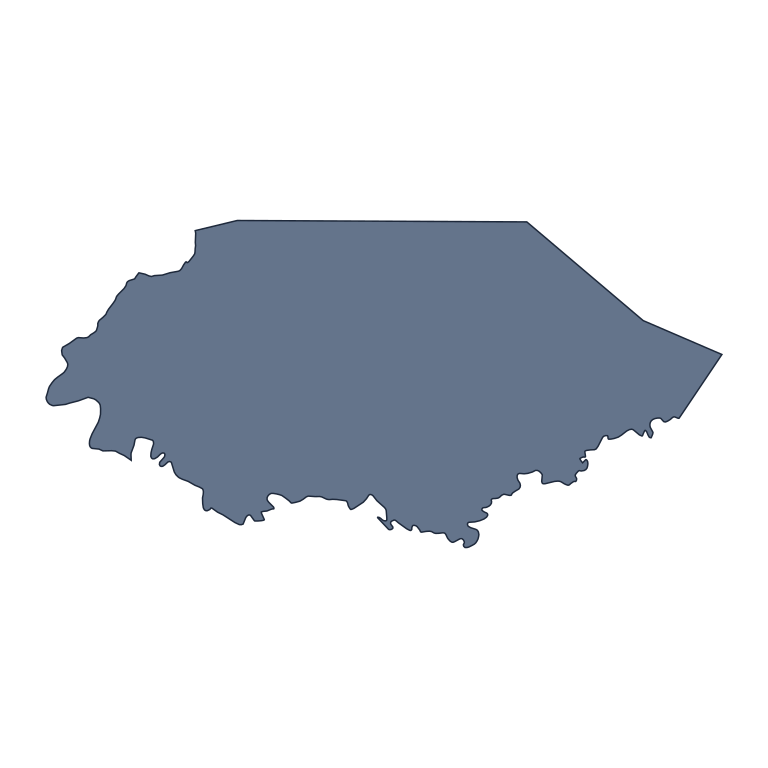 the district of San Matias, El Paraíso, Honduras
{"feature_id": "27666195B8791216164524", "entity_name": "San Matias", "entity_type": "district", "adm_level": 2, "iso_a3": "HND", "parent_name": "Honduras", "parent_adm1": "El Paraíso", "projection": "albers", "projection_center": [-86.656, 13.953], "detail": "fine", "context": "isolated", "style": "filled", "palette": "slate", "viewbox_px": 768, "rotation_deg": 0, "n_neighbors": 0, "source": "geoboundaries", "source_scale": "gbopen_adm2", "svg_char_len": 6074}
<svg xmlns="http://www.w3.org/2000/svg" viewBox="0 0 768 768"><path d="M131.2,460.3L131.0,455.0L131.1,453.0L134.0,445.2L135.0,439.9L135.6,438.7L136.6,438.0L138.1,437.5L141.5,437.3L145.1,437.9L152.4,440.2L152.9,440.7L153.4,441.6L153.6,443.9L151.8,449.4L151.0,452.9L150.8,456.3L151.4,457.8L152.1,458.5L152.9,458.9L154.7,458.7L157.5,457.0L160.0,454.5L161.3,453.5L162.7,452.9L164.0,453.1L164.5,453.5L164.9,454.3L164.7,456.1L164.1,457.3L159.7,462.3L159.4,464.5L160.1,465.9L161.1,466.4L162.7,466.3L164.9,464.8L167.9,462.0L169.4,461.5L170.8,461.9L171.4,462.5L174.3,472.0L176.0,474.8L178.1,476.9L179.3,477.8L182.2,479.2L188.2,481.4L195.0,485.3L199.5,487.1L202.5,488.8L203.1,490.0L203.4,491.8L203.2,494.5L202.5,497.9L202.7,503.6L203.3,507.7L203.8,508.8L204.6,510.0L205.9,510.7L207.3,510.7L209.8,509.5L211.0,508.0L212.0,508.2L217.6,512.2L222.9,514.8L235.0,522.6L239.3,524.6L241.2,524.7L243.1,524.1L245.8,517.5L247.3,515.7L248.6,515.0L249.7,515.0L250.6,515.5L254.2,520.5L254.8,521.0L257.6,521.0L261.3,520.7L263.4,520.3L264.2,519.9L264.3,519.5L261.4,513.1L261.3,512.0L263.1,511.4L267.0,511.0L271.1,509.3L272.7,508.9L273.6,508.9L273.9,508.7L273.9,507.9L273.5,507.0L268.8,502.3L267.6,500.7L267.1,499.7L267.1,497.7L267.8,496.1L269.3,494.4L271.2,493.4L273.2,493.4L276.4,493.9L279.6,494.7L281.9,495.5L285.6,498.1L289.2,500.9L291.0,502.8L291.8,503.1L295.0,502.5L299.9,501.2L303.1,499.3L306.4,496.8L308.3,496.1L315.2,496.6L319.7,496.5L321.7,496.9L326.4,499.1L328.1,499.5L329.6,499.6L332.6,499.3L336.8,499.5L345.5,500.7L346.4,501.0L347.0,501.8L347.6,503.0L348.1,505.2L348.6,506.5L350.1,508.9L350.9,509.5L352.0,509.2L353.9,508.4L363.3,502.2L366.5,498.7L368.7,495.3L369.6,494.6L370.7,494.5L371.7,494.8L373.0,495.7L376.9,500.7L384.5,507.5L385.7,509.1L386.2,510.5L386.8,517.9L386.8,519.8L386.5,520.5L385.4,520.9L383.9,520.7L382.5,520.0L380.6,518.3L379.1,517.4L377.8,517.2L377.6,517.7L388.6,529.4L389.6,529.7L390.8,529.6L391.8,529.2L392.8,528.3L392.9,527.8L392.8,526.9L390.9,524.3L390.6,523.4L390.7,522.4L391.1,521.6L391.8,521.1L393.9,520.1L394.9,520.1L396.1,520.8L398.5,522.9L406.7,528.8L409.6,530.3L410.7,530.5L411.4,530.0L411.8,529.3L411.8,527.7L412.4,526.1L413.1,525.4L414.2,525.3L416.0,525.8L417.1,526.6L419.8,530.1L420.5,531.7L421.1,532.1L422.0,532.1L426.1,531.4L429.6,531.2L431.6,531.6L434.1,533.0L435.7,533.4L438.8,533.3L442.9,532.8L444.3,533.0L445.0,533.4L445.8,534.4L447.5,538.0L448.5,539.4L450.3,541.3L451.9,542.2L453.0,542.3L454.4,541.8L459.8,538.9L461.1,538.6L462.1,538.8L463.4,539.9L464.3,541.8L464.3,542.9L463.4,544.6L463.5,545.6L463.8,546.4L465.0,547.5L467.1,547.5L468.9,547.0L472.3,545.3L474.4,544.1L475.8,542.8L477.0,541.0L478.0,539.0L478.6,536.6L478.9,534.6L478.4,532.0L477.8,530.9L476.9,529.9L475.7,529.3L470.7,527.7L468.4,526.4L467.8,525.6L467.5,524.6L467.5,523.8L467.9,522.9L468.9,522.3L474.8,521.9L479.8,520.7L484.0,519.0L486.5,517.2L487.6,515.5L487.7,514.6L487.4,513.7L486.6,513.0L484.5,512.1L482.7,510.9L481.9,510.1L481.9,509.2L482.3,508.4L483.0,507.8L483.9,507.6L485.7,507.5L487.0,507.1L489.0,506.1L490.4,504.9L491.4,503.3L491.6,501.6L491.2,500.0L492.0,498.9L492.7,498.6L495.4,498.5L498.0,498.1L499.5,497.3L501.6,495.3L503.6,494.3L504.6,494.3L509.4,495.4L511.0,495.3L511.4,495.0L512.0,493.7L512.7,492.9L515.3,491.1L518.9,489.0L520.1,487.2L520.4,485.4L519.9,483.2L517.9,480.1L517.1,477.5L517.2,475.4L517.6,474.6L518.3,473.8L519.5,473.4L524.1,473.8L527.7,473.4L532.4,472.0L535.5,470.4L537.2,470.4L538.6,470.9L539.9,471.9L541.3,473.3L542.3,474.8L541.7,481.3L542.1,482.9L542.8,483.6L543.8,483.8L545.2,483.7L554.6,481.4L558.0,481.1L559.6,481.3L561.1,481.8L564.3,483.8L566.3,484.7L567.9,485.2L568.7,485.1L569.4,484.8L570.8,483.5L573.4,481.7L574.2,481.4L575.6,481.5L576.2,480.9L576.6,479.8L576.6,478.4L575.4,476.3L575.2,475.0L576.3,473.3L578.3,471.1L579.2,470.6L581.2,471.0L584.2,470.5L585.8,469.6L587.0,468.1L587.6,466.1L587.9,463.8L587.7,461.8L587.1,460.5L586.3,459.7L585.7,459.7L582.6,462.8L581.0,460.8L579.8,458.8L580.0,458.4L582.2,457.3L583.3,457.0L584.9,457.1L585.4,456.8L585.5,456.3L584.8,451.6L584.9,451.3L585.7,450.7L586.7,450.4L590.4,449.9L594.5,449.7L596.2,448.9L598.1,446.2L602.6,437.4L603.8,436.2L605.6,435.6L607.5,435.7L607.9,436.4L608.0,438.2L608.3,438.9L608.7,439.2L610.9,439.1L614.1,438.5L618.3,437.1L621.6,435.0L626.7,431.0L629.4,429.6L631.7,429.2L633.2,429.7L639.4,434.9L641.9,436.0L642.3,435.9L642.6,435.5L643.3,433.6L644.6,430.8L645.0,430.4L645.5,430.4L646.7,431.8L648.0,435.0L649.2,437.1L650.2,437.7L651.2,437.7L652.7,434.1L653.0,432.6L652.8,432.0L650.3,427.4L650.0,426.1L649.9,424.7L650.1,423.2L650.6,421.9L651.3,420.8L652.8,419.5L654.8,418.6L657.2,418.1L659.4,418.0L660.8,418.4L663.7,421.6L665.2,422.0L666.5,421.6L668.0,420.9L670.4,419.4L672.5,417.5L673.7,416.9L674.7,416.9L678.2,418.3L679.1,418.2L721.9,354.5L643.2,320.6L526.8,221.9L237.2,220.5L195.2,230.6L195.7,233.3L195.3,242.4L195.6,245.6L195.2,248.5L195.0,252.0L194.7,253.8L193.3,256.0L188.9,261.6L187.4,262.6L186.9,262.5L186.1,261.8L185.4,262.3L183.6,264.9L181.6,268.6L180.0,270.4L178.5,271.2L170.1,272.7L162.3,275.1L154.4,275.6L151.5,276.5L148.9,275.9L145.1,274.2L139.4,272.9L138.8,272.9L135.9,276.8L134.6,278.9L129.2,280.6L127.5,281.7L126.7,283.0L126.0,285.6L124.0,288.6L118.6,294.0L117.0,295.9L116.4,296.9L115.7,299.0L115.0,300.5L113.0,303.4L108.6,309.1L106.9,312.0L105.9,314.4L103.0,317.3L99.5,320.2L98.6,321.4L97.8,323.4L97.8,325.8L97.4,327.3L96.5,330.2L95.8,331.3L93.7,332.9L90.7,334.7L88.6,336.8L87.0,337.6L83.7,338.0L78.4,337.6L76.7,338.1L69.4,343.4L62.8,347.2L62.4,347.9L61.6,350.6L62.2,354.9L64.6,358.0L67.3,362.6L67.8,364.2L67.5,366.6L66.3,369.2L64.2,372.2L62.8,373.4L57.8,377.0L54.6,379.6L52.1,382.6L49.5,386.4L48.6,388.6L47.4,393.1L46.1,397.2L46.3,399.2L47.3,401.6L48.4,403.1L49.7,404.3L52.3,405.5L53.6,405.7L65.5,404.4L69.6,403.1L78.2,400.9L88.1,397.3L93.8,398.8L95.8,399.9L98.7,402.5L99.5,403.6L100.2,405.1L100.6,408.8L100.5,414.3L99.7,417.9L98.3,422.2L92.1,433.8L90.1,438.8L89.6,440.8L89.4,443.5L89.6,445.3L90.1,446.7L91.1,447.8L92.1,448.4L99.0,449.1L102.9,450.9L111.7,450.7L115.5,451.1L119.4,453.3L124.2,455.5L131.2,460.3Z" fill="#64748b" stroke="#1e293b" stroke-width="1.5"/></svg>